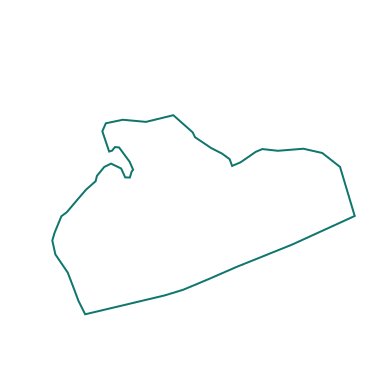 the district of Banibangou, Tillabéri, Niger, rotated 163°
{"feature_id": "23599985B31350615327928", "entity_name": "Banibangou", "entity_type": "district", "adm_level": 2, "iso_a3": "NER", "parent_name": "Niger", "parent_adm1": "Tillabéri", "projection": "natural_earth1", "projection_center": [2.571, 15.036], "detail": "fine", "context": "isolated", "style": "outline", "palette": "teal", "viewbox_px": 384, "rotation_deg": 163, "n_neighbors": 0, "source": "geoboundaries", "source_scale": "gbopen_adm2", "svg_char_len": 761}
<svg xmlns="http://www.w3.org/2000/svg" viewBox="0 0 384 384"><g transform="rotate(163 192 192)"><path d="M278.2,235.2L281.0,230.5L292.5,225.3L302.7,218.9L317.6,209.3L324.0,207.0L335.4,193.1L339.8,186.4L340.9,172.2L334.4,151.3L333.2,134.2L332.4,121.0L329.9,106.3L248.3,101.1L228.9,101.1L201.1,103.9L171.6,107.3L111.3,112.5L43.4,121.5L43.1,172.7L56.0,191.2L72.8,200.8L97.8,206.3L112.2,212.5L119.2,211.8L136.9,206.2L146.0,205.2L146.4,212.4L152.1,220.0L160.8,228.4L173.1,243.5L173.9,248.8L187.4,270.9L215.5,272.5L237.0,281.3L254.3,282.9L260.0,276.3L259.4,254.9L256.4,254.9L252.5,257.5L248.7,255.9L242.8,239.1L241.8,230.5L243.8,229.1L247.2,224.0L251.6,225.5L252.9,235.2L261.1,242.8L268.6,241.6L278.2,235.2Z" fill="none" stroke="#0f766e" stroke-width="2"/></g></svg>